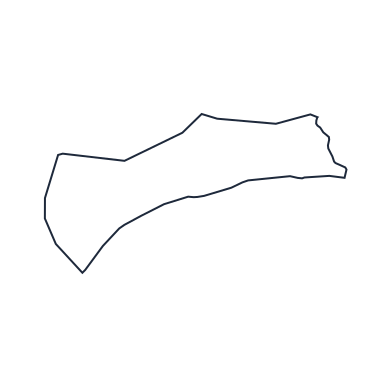 Al Batnah North, Natural Earth projection, rotated 110°
{"feature_id": "OMN-2424", "entity_name": "Al Batnah North", "entity_type": "Region", "adm_level": 1, "iso_a3": "OMN", "parent_name": "Oman", "parent_adm1": "", "projection": "natural_earth1", "projection_center": [56.548, 24.234], "detail": "fine", "context": "isolated", "style": "outline", "palette": "slate", "viewbox_px": 384, "rotation_deg": 110, "n_neighbors": 0, "source": "natural_earth", "source_scale": "10m", "svg_char_len": 752}
<svg xmlns="http://www.w3.org/2000/svg" viewBox="0 0 384 384"><g transform="rotate(110 192 192)"><path d="M79.0,99.8L82.3,99.6L85.3,98.7L86.7,96.8L87.6,93.6L91.0,89.1L93.5,82.2L95.9,81.0L101.7,80.2L104.5,78.8L109.6,73.3L110.5,72.3L114.8,68.9L115.7,67.1L115.8,65.8L116.0,62.5L116.5,56.4L117.3,55.4L118.1,54.5L126.5,53.5L129.9,68.5L139.9,91.3L141.5,93.2L142.6,97.5L143.6,105.3L161.9,143.2L165.7,147.9L174.5,156.5L191.5,179.3L194.8,185.2L196.3,188.7L197.7,194.0L213.0,214.1L231.5,231.4L246.0,244.3L251.1,247.9L273.2,257.3L301.8,265.7L305.4,267.4L287.4,302.2L267.2,321.2L248.0,328.1L203.0,330.5L200.2,326.6L185.8,266.1L139.6,221.3L115.4,209.6L114.5,193.4L99.2,136.5L78.6,107.3L78.8,99.7L79.0,99.8Z" fill="none" stroke="#1e293b" stroke-width="2"/></g></svg>